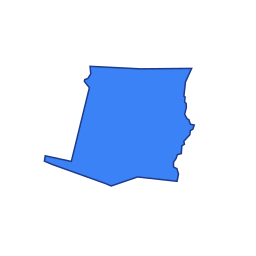 Colorado, Texas, United States of America, rotated 53°
{"feature_id": "52423323B95841930276474", "entity_name": "Colorado", "entity_type": "district", "adm_level": 2, "iso_a3": "USA", "parent_name": "United States of America", "parent_adm1": "Texas", "projection": "robinson", "projection_center": [-96.463, 29.605], "detail": "fine", "context": "isolated", "style": "filled", "palette": "blue", "viewbox_px": 256, "rotation_deg": 53, "n_neighbors": 0, "source": "geoboundaries", "source_scale": "gbopen_adm2", "svg_char_len": 636}
<svg xmlns="http://www.w3.org/2000/svg" viewBox="0 0 256 256"><g transform="rotate(53 128 128)"><path d="M100.4,210.8L104.1,214.7L111.6,210.4L158.8,179.4L164.2,176.3L172.8,149.9L200.1,120.9L195.2,115.4L189.9,113.4L186.7,115.1L182.8,112.4L181.3,108.0L179.0,104.7L180.5,100.8L174.7,95.8L174.9,92.7L172.2,91.4L170.6,82.7L167.6,79.8L168.0,77.0L165.5,73.3L162.5,75.9L158.0,74.4L156.1,75.3L151.1,74.5L146.6,68.9L143.4,66.8L141.4,67.2L137.5,63.7L136.2,64.2L125.8,54.4L118.7,41.3L88.4,82.3L55.9,121.2L62.3,125.1L64.3,130.3L63.3,133.4L64.5,134.8L72.6,134.6L120.6,193.4L100.4,210.8Z" fill="#3b82f6" stroke="#1e3a8a" stroke-width="1.5"/></g></svg>